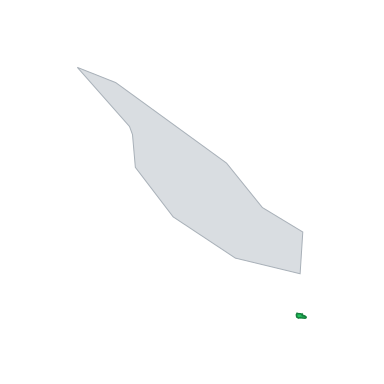 location of Ngerbeched, Palau, rotated 299°
{"feature_id": "81905179B6044255110216", "entity_name": "Ngerbeched", "entity_type": "district", "adm_level": 2, "iso_a3": "PLW", "parent_name": "Palau", "parent_adm1": "", "projection": "equal_earth", "projection_center": [134.477, 7.335], "detail": "fine", "context": "in_parent", "style": "filled", "palette": "green", "viewbox_px": 384, "rotation_deg": 299, "n_neighbors": 0, "source": "geoboundaries", "source_scale": "gbopen_adm2", "svg_char_len": 1626}
<svg xmlns="http://www.w3.org/2000/svg" viewBox="0 0 384 384"><g transform="rotate(299 192 192)"><path d="M210.7,308.3L172.9,326.2L155.2,262.0L161.1,187.6L186.1,130.5L213.4,112.1L219.0,105.6L245.4,31.3L250.7,72.3L234.0,208.2L212.5,261.1L210.7,308.3Z" fill="#d9dde1" stroke="#a8b0b8" stroke-width="1"/><path d="M133.3,346.1L133.5,346.2L133.7,346.4L133.8,346.5L134.0,346.9L134.0,347.0L134.3,347.2L134.4,347.4L134.4,347.5L134.5,347.6L134.4,347.8L134.5,347.9L134.5,347.7L134.8,347.7L134.8,348.2L134.9,348.4L134.9,348.7L135.0,348.8L135.1,349.0L135.3,349.3L135.3,349.6L135.4,349.8L135.5,350.1L135.7,350.4L135.8,350.6L135.9,350.9L136.0,351.3L136.1,351.5L136.4,351.9L136.5,352.0L136.7,352.4L136.8,352.5L137.0,352.6L137.3,352.6L137.5,352.6L137.8,352.6L138.0,352.3L137.9,352.2L137.9,351.9L138.0,351.8L138.1,351.6L138.1,351.4L138.2,351.2L138.2,350.9L138.0,351.0L137.9,350.9L137.8,350.6L138.0,350.4L138.0,350.2L137.9,350.0L137.8,349.9L137.9,349.7L138.0,349.5L138.0,349.4L138.0,349.2L138.0,348.7L138.0,348.4L138.0,348.2L137.9,348.1L137.7,348.2L137.5,348.3L137.4,348.3L137.5,348.2L137.7,347.9L137.8,347.7L137.9,347.4L138.1,347.6L138.3,347.6L138.5,347.6L138.2,346.2L137.3,344.2L137.0,343.8L136.9,343.8L136.8,343.6L136.9,343.4L136.9,342.7L136.4,342.7L136.0,342.7L135.5,342.7L134.8,343.1L134.7,343.2L134.6,343.3L134.5,343.5L134.4,343.5L134.4,343.8L134.2,343.9L133.9,343.9L133.7,344.1L133.4,344.3L133.4,345.9L133.3,346.1ZM137.9,347.8L138.0,347.8L138.1,347.7L137.9,347.8ZM138.2,348.0L138.3,347.9L138.2,347.9L138.1,348.0L138.2,348.0ZM138.3,351.2L138.4,350.9L138.3,351.0L138.3,351.2Z" fill="#22c55e" stroke="#15803d" stroke-width="1.5"/></g></svg>